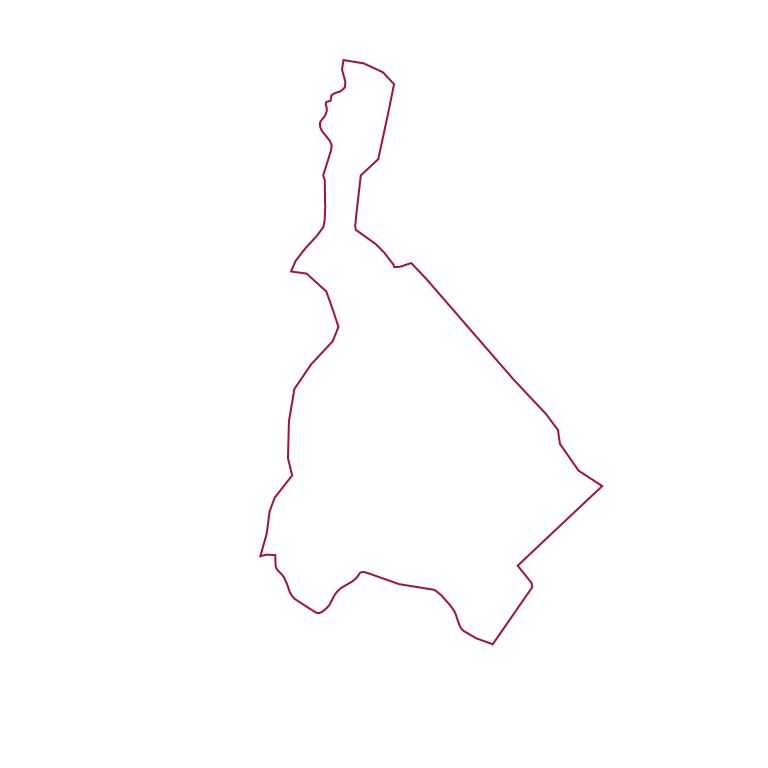 outline of Mamou, rotated 317°
{"feature_id": "GIN-5653", "entity_name": "Mamou", "entity_type": "Prefecture", "adm_level": 1, "iso_a3": "GIN", "parent_name": "Guinea", "parent_adm1": "", "projection": "mercator", "projection_center": [-11.878, 10.604], "detail": "fine", "context": "isolated", "style": "outline", "palette": "rose", "viewbox_px": 768, "rotation_deg": 317, "n_neighbors": 0, "source": "natural_earth", "source_scale": "10m", "svg_char_len": 1546}
<svg xmlns="http://www.w3.org/2000/svg" viewBox="0 0 768 768"><g transform="rotate(317 384 384)"><path d="M474.0,607.4L357.9,608.0L356.2,630.3L353.7,633.7L286.0,648.5L286.0,648.4L278.1,633.1L273.8,618.9L273.6,615.5L274.7,611.7L280.1,599.7L280.9,595.9L281.5,590.4L281.8,578.0L281.2,572.5L280.4,568.8L258.5,540.6L243.1,511.0L240.5,507.1L239.0,506.2L237.8,505.8L236.7,506.0L232.9,506.8L230.4,507.0L225.2,506.6L215.4,504.3L211.7,503.8L207.9,503.9L204.1,504.6L193.6,508.3L190.3,508.7L186.7,508.7L183.4,508.4L180.5,507.4L179.0,505.9L178.1,504.0L172.2,480.8L172.2,475.7L173.2,471.8L176.5,464.5L179.0,457.1L179.4,453.1L179.2,447.0L179.9,444.4L181.1,442.6L187.8,435.0L181.7,428.7L176.1,425.6L196.1,413.5L213.4,399.2L226.4,392.6L254.5,388.2L263.2,372.7L289.2,346.3L315.1,326.5L344.3,319.9L375.7,317.7L389.7,311.1L397.3,294.6L404.9,277.0L402.7,250.5L392.8,238.3L402.9,233.8L418.9,231.1L434.7,230.0L446.6,227.9L452.6,223.5L462.8,213.4L463.9,211.9L479.4,194.9L481.7,190.0L504.5,177.1L508.3,174.0L510.2,169.5L511.2,156.5L512.7,152.2L515.4,149.2L519.5,148.1L522.8,147.8L525.1,147.0L528.2,145.4L530.4,143.1L531.9,139.9L534.0,138.3L538.1,140.4L542.7,136.9L547.1,138.0L551.8,140.3L557.7,140.4L561.8,136.7L567.8,125.3L575.3,119.5L587.8,135.6L595.8,155.3L595.8,171.6L573.1,187.8L533.2,215.6L509.3,215.6L475.9,244.1L473.3,246.6L471.4,247.9L468.5,251.9L473.4,276.2L473.8,288.1L472.3,303.1L471.3,305.4L475.3,309.0L486.4,314.1L486.6,336.1L481.8,469.1L482.0,516.7L479.8,536.3L471.8,547.9L467.2,580.2L474.0,607.4Z" fill="none" stroke="#9f1239" stroke-width="2"/></g></svg>